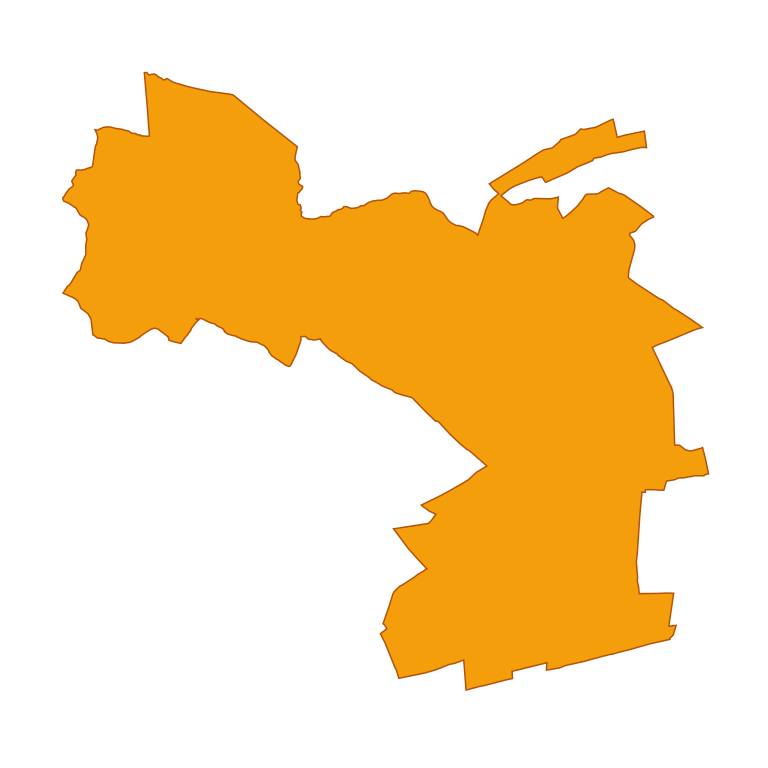 Horlesti, Iasi, Romania, rotated 92°
{"feature_id": "2599482B24639761167340", "entity_name": "Horlesti", "entity_type": "district", "adm_level": 2, "iso_a3": "ROU", "parent_name": "Romania", "parent_adm1": "Iasi", "projection": "orthographic", "projection_center": [27.382, 47.099], "detail": "fine", "context": "isolated", "style": "filled", "palette": "amber", "viewbox_px": 768, "rotation_deg": 92, "n_neighbors": 0, "source": "geoboundaries", "source_scale": "gbopen_adm2", "svg_char_len": 6110}
<svg xmlns="http://www.w3.org/2000/svg" viewBox="0 0 768 768"><g transform="rotate(92 384 384)"><path d="M629.2,89.3L628.2,89.5L624.8,86.2L615.1,83.6L615.2,85.2L616.0,89.0L616.1,90.9L583.0,87.2L583.1,94.5L583.7,102.5L584.6,121.6L577.9,122.5L572.0,124.0L568.5,123.8L553.0,125.6L543.5,124.9L507.4,123.8L483.0,122.4L483.1,119.1L480.5,118.9L480.2,110.4L480.4,106.5L480.4,100.6L471.2,98.4L469.6,90.4L467.8,86.7L467.5,85.5L467.5,82.1L466.5,77.3L466.2,76.9L465.7,73.0L464.9,71.2L464.6,61.2L463.8,60.6L463.4,59.6L462.5,57.2L462.5,56.5L445.9,60.6L436.4,63.4L436.9,64.2L440.0,73.9L440.2,76.3L439.3,80.3L434.8,86.6L434.9,91.4L384.0,94.7L381.7,95.2L376.6,96.8L376.3,97.3L338.0,117.2L334.7,110.6L332.2,104.3L319.2,75.8L317.7,72.0L316.5,67.7L309.6,78.1L300.4,93.2L298.6,96.9L290.5,108.2L289.9,109.4L289.6,111.1L275.4,134.6L271.3,140.6L269.6,142.9L268.7,143.6L261.5,143.2L240.8,138.3L236.6,138.1L232.7,139.1L230.5,140.4L226.8,143.7L225.2,143.8L224.1,142.2L223.3,139.7L222.3,137.8L215.2,132.4L210.3,125.5L207.8,120.4L207.0,120.5L206.4,121.2L198.1,132.9L186.9,150.3L185.4,154.3L185.5,155.3L180.1,166.5L184.4,174.0L186.1,176.2L186.7,178.0L187.2,187.7L188.0,189.1L189.1,190.0L192.0,191.5L199.6,197.1L206.3,203.9L210.3,208.4L212.2,211.1L202.2,216.8L191.1,216.3L193.1,223.9L193.3,239.8L193.6,241.1L195.1,243.4L194.9,247.6L196.2,249.8L197.3,250.8L198.4,252.9L199.5,255.7L200.5,259.9L200.3,262.5L199.7,264.0L197.1,266.8L191.8,273.7L184.5,265.2L181.1,259.4L175.7,246.8L172.6,238.1L171.5,233.6L176.8,229.6L176.7,229.2L166.6,208.0L160.1,198.0L153.5,183.3L151.3,182.3L150.8,181.1L149.8,175.7L147.0,168.9L145.8,165.2L143.6,153.0L141.0,144.6L138.6,135.2L138.5,131.8L138.7,129.9L122.2,132.6L127.1,152.8L129.4,159.5L111.4,164.2L112.5,167.1L120.0,181.2L122.7,193.4L122.2,196.3L127.9,201.6L133.7,216.1L135.5,216.9L141.9,223.7L142.3,224.4L144.4,232.6L148.7,239.3L157.4,251.4L180.3,285.8L185.0,281.7L189.8,276.0L196.8,283.6L199.2,285.3L207.5,288.6L216.1,290.6L232.0,295.6L230.3,297.2L229.4,298.6L224.0,310.4L223.0,315.5L223.0,317.6L220.7,322.3L219.6,323.9L217.3,326.2L211.3,330.6L209.7,333.2L208.5,336.5L206.8,339.7L204.9,342.1L201.4,344.2L198.6,345.1L193.8,347.6L191.7,349.5L190.6,351.4L190.2,353.3L189.9,357.7L189.8,359.9L190.4,363.2L190.6,363.7L192.4,365.2L192.6,365.9L192.3,368.3L192.4,372.2L193.0,374.4L193.1,377.5L192.8,379.3L193.5,381.9L194.1,383.0L198.2,387.5L199.9,391.3L200.5,393.3L200.6,397.0L201.3,399.3L201.4,401.3L201.7,402.3L203.3,406.1L206.4,410.2L206.7,413.2L208.8,417.0L209.6,422.4L209.4,423.9L208.3,426.7L208.0,430.0L208.3,430.5L209.6,431.2L210.8,432.8L211.4,435.9L212.7,437.8L214.4,441.4L217.7,443.5L218.5,444.8L218.5,446.5L219.0,449.9L218.8,452.7L220.9,456.7L221.6,460.2L221.7,463.4L221.2,468.9L219.4,472.1L218.9,472.5L217.4,472.7L215.1,472.0L213.2,473.8L211.6,472.9L208.9,473.5L207.7,474.2L207.7,475.7L207.1,476.4L203.7,477.5L196.0,476.8L195.6,475.7L191.6,472.6L189.8,472.1L189.0,472.6L187.5,475.7L186.2,476.5L184.3,476.8L182.0,475.1L181.1,474.7L177.9,475.4L175.8,475.3L170.6,476.8L168.4,477.1L163.7,480.4L162.3,480.8L159.4,480.7L149.9,478.9L123.4,514.9L100.5,544.7L99.7,548.1L97.7,568.6L94.3,587.2L92.3,595.8L89.7,605.5L86.3,611.3L87.4,613.5L87.8,615.4L86.4,616.8L84.5,620.9L83.2,622.0L82.7,623.6L82.2,624.1L82.6,627.1L83.3,629.5L83.1,630.1L81.0,631.8L81.2,634.4L115.8,630.2L144.4,627.1L144.7,630.2L144.4,635.4L144.0,635.4L143.6,636.8L143.4,639.5L142.3,640.9L142.3,643.7L141.9,645.2L140.0,648.3L139.7,649.7L139.6,651.2L138.6,654.8L137.9,661.1L136.7,667.0L136.8,670.4L137.4,673.7L140.4,679.5L140.0,681.7L143.9,679.7L147.7,678.6L153.9,679.6L155.9,680.5L159.3,681.1L176.0,682.8L177.2,683.5L177.6,684.2L179.1,688.6L180.0,690.4L180.9,694.6L180.7,697.1L181.0,698.8L182.9,699.5L185.9,699.2L191.5,702.9L192.4,703.1L196.0,701.4L197.0,701.7L200.2,705.4L203.4,707.9L207.6,710.1L209.0,711.5L210.2,711.4L212.3,710.5L214.5,705.2L219.0,697.9L225.5,693.8L226.2,693.0L228.2,689.0L229.2,687.8L231.2,686.2L235.0,684.7L237.8,685.2L243.7,687.2L250.0,686.1L255.6,686.9L265.2,686.5L274.1,690.3L280.4,691.4L281.2,691.9L283.2,694.5L293.9,700.5L296.3,702.2L297.5,703.8L304.4,708.0L308.6,697.5L309.9,695.1L312.3,692.5L319.0,689.6L323.6,682.9L324.5,682.1L328.9,679.3L330.5,678.9L345.1,676.6L345.3,675.7L347.7,672.6L348.1,671.5L348.2,668.9L348.7,667.0L348.6,665.0L351.2,660.6L351.6,658.0L352.3,655.9L352.3,645.2L351.3,639.8L349.7,636.3L345.6,629.7L343.7,627.8L337.8,619.5L336.2,615.5L336.9,611.8L344.4,601.4L347.8,600.4L349.1,595.6L350.6,588.4L344.8,584.6L341.5,581.9L340.0,581.2L337.8,579.3L335.1,578.4L329.2,574.2L326.7,571.8L325.6,573.9L325.1,573.9L325.9,571.3L325.7,570.8L324.8,570.2L325.3,567.6L327.9,562.2L329.3,557.9L329.6,555.8L330.2,554.4L331.4,553.6L333.9,547.9L334.7,546.8L335.7,545.9L336.9,545.5L336.9,544.9L337.5,544.9L339.4,542.2L340.9,536.6L341.3,533.6L342.0,532.9L342.6,531.6L342.7,530.2L343.6,529.1L346.0,520.8L346.4,518.8L346.7,512.4L350.0,504.9L353.8,501.0L356.2,499.9L359.5,497.3L363.3,491.7L363.6,490.5L364.8,489.1L368.8,482.7L369.7,479.7L369.5,478.8L368.8,478.0L357.6,472.9L343.2,468.5L339.6,468.7L339.2,464.2L341.8,461.3L342.5,455.0L341.1,448.8L342.8,448.5L347.6,443.9L352.1,439.0L355.8,431.5L356.8,431.2L362.5,422.7L364.8,416.6L371.9,408.7L378.4,398.6L380.4,396.5L381.9,393.1L386.2,385.3L389.7,375.6L391.6,373.7L392.5,371.8L394.7,364.1L396.3,356.8L397.3,354.4L399.3,352.8L411.7,339.8L419.3,331.2L419.7,328.3L432.2,316.0L440.8,306.2L446.6,298.8L446.8,297.4L462.3,278.4L468.8,288.3L476.8,296.4L478.7,299.2L489.3,316.2L494.6,325.5L503.7,342.5L505.8,339.9L506.7,338.1L509.4,334.5L512.3,327.6L519.3,332.3L521.8,334.7L528.4,369.4L547.7,353.9L556.6,345.4L567.3,334.7L567.6,335.9L569.8,338.1L573.0,343.5L576.1,347.1L583.8,358.1L585.6,361.3L591.1,366.6L593.6,367.8L605.2,370.9L623.6,376.6L624.9,374.9L628.5,372.5L633.6,378.9L642.5,374.0L667.1,363.1L669.8,361.5L677.6,358.9L671.4,333.2L668.1,323.1L666.0,317.9L662.1,309.4L660.6,303.3L657.0,294.7L687.0,291.3L683.1,278.6L681.5,271.9L675.8,253.1L673.9,245.3L666.7,246.0L656.9,211.5L664.3,211.7L661.7,198.9L659.1,193.2L654.4,174.8L648.1,154.8L647.8,153.2L646.5,149.2L646.0,146.0L644.5,141.9L640.7,128.7L634.7,110.2L629.2,89.3Z" fill="#f59e0b" stroke="#b45309" stroke-width="1.5"/></g></svg>